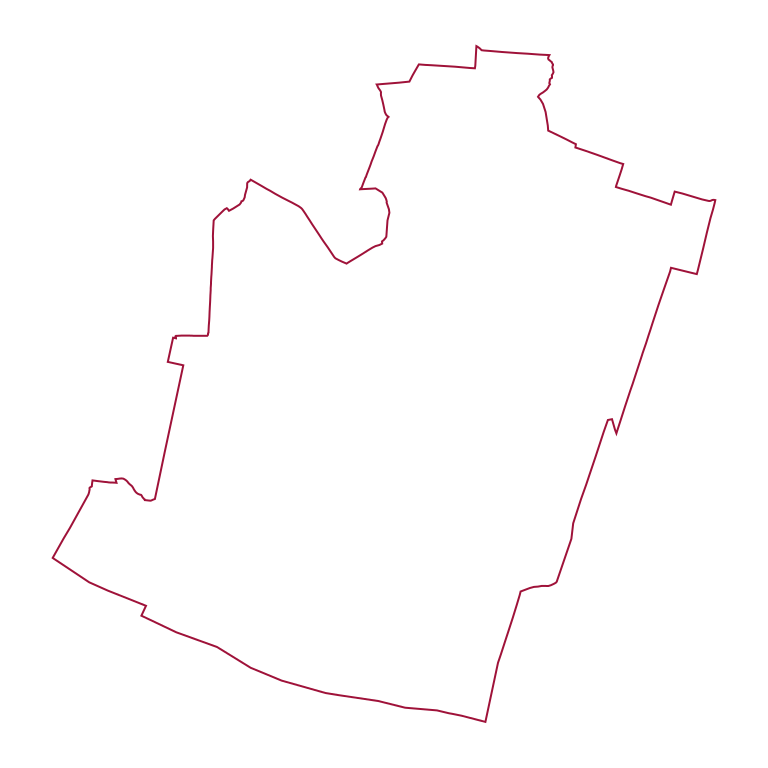 Ostroveni, Dolj, Romania (orthographic projection)
{"feature_id": "2599482B82593705171152", "entity_name": "Ostroveni", "entity_type": "district", "adm_level": 2, "iso_a3": "ROU", "parent_name": "Romania", "parent_adm1": "Dolj", "projection": "orthographic", "projection_center": [23.874, 43.804], "detail": "fine", "context": "isolated", "style": "outline", "palette": "rose", "viewbox_px": 768, "rotation_deg": 0, "n_neighbors": 0, "source": "geoboundaries", "source_scale": "gbopen_adm2", "svg_char_len": 6008}
<svg xmlns="http://www.w3.org/2000/svg" viewBox="0 0 768 768"><path d="M642.6,353.2L646.0,343.4L648.5,335.5L650.3,330.1L652.3,323.8L658.5,304.9L663.5,290.4L670.1,271.5L671.0,267.8L688.1,272.0L696.8,274.1L697.9,270.0L703.2,248.3L706.9,232.5L710.5,218.0L713.0,209.5L714.6,203.3L715.3,200.1L714.1,199.9L713.1,199.9L712.3,200.0L711.5,200.4L710.6,200.8L709.5,201.0L708.5,200.9L702.0,199.4L682.3,193.5L674.7,191.6L671.9,201.1L670.9,204.7L664.1,202.3L656.9,199.8L650.6,197.6L645.6,196.2L639.9,194.4L634.6,192.7L628.5,190.7L627.0,190.3L621.4,188.7L615.9,187.0L616.1,186.0L619.7,175.3L621.6,169.5L623.2,164.0L620.3,163.2L612.4,160.4L597.3,154.9L585.8,150.9L578.2,148.4L575.4,147.5L575.9,144.2L572.4,142.5L566.8,139.6L557.6,135.1L548.2,130.6L547.8,125.6L545.6,112.0L543.0,103.9L540.4,99.5L538.3,97.2L538.0,96.8L539.3,94.9L540.7,93.8L542.9,92.5L545.0,90.9L546.7,89.5L548.1,87.6L548.9,85.9L550.0,84.3L549.3,83.1L549.5,82.3L549.8,80.8L549.8,79.4L550.8,78.5L552.0,77.8L552.0,76.0L551.8,75.2L552.9,73.6L553.5,72.2L553.2,70.5L552.7,68.6L552.4,67.5L552.5,66.4L552.8,65.4L553.0,65.2L553.0,64.4L552.6,63.9L552.3,63.5L552.1,63.0L551.9,62.5L551.7,62.0L550.8,61.4L549.5,60.2L548.6,59.6L548.3,59.0L548.1,58.2L548.4,57.1L548.7,56.3L549.4,55.1L548.1,55.0L539.8,54.6L527.6,53.7L517.4,53.1L502.1,52.0L490.5,51.0L483.9,50.5L481.6,50.2L479.7,48.3L477.5,46.7L476.4,46.1L475.3,65.7L474.9,68.3L470.0,68.0L463.1,67.4L455.1,66.7L431.1,65.2L425.1,64.9L418.9,64.4L418.7,64.7L415.0,71.1L412.5,75.5L409.4,81.6L398.7,82.7L381.4,84.1L376.8,84.5L377.0,84.8L377.2,85.4L377.7,86.6L378.5,88.2L379.7,89.8L380.7,91.4L381.0,92.2L380.9,93.8L381.0,95.5L382.3,100.2L383.3,104.5L384.3,109.3L384.5,110.3L384.7,111.6L385.3,113.1L385.8,114.1L386.2,114.7L386.4,115.1L387.2,115.8L388.5,116.9L388.0,117.3L387.8,117.5L387.2,118.6L386.7,119.6L385.1,124.0L382.7,132.0L380.5,138.5L379.3,141.8L378.6,144.0L378.0,145.5L377.5,146.1L376.5,148.7L375.5,151.3L373.7,156.3L372.7,158.8L371.6,161.5L370.7,164.2L369.7,166.9L367.6,172.3L366.6,174.9L365.9,177.1L365.5,177.4L364.7,179.5L363.8,181.8L362.9,184.2L361.8,187.2L361.7,187.4L361.4,187.8L360.9,188.3L360.2,189.0L360.1,189.3L361.2,189.2L372.8,188.6L375.5,188.4L375.7,188.5L380.5,191.5L382.2,192.5L382.4,192.7L383.1,193.8L384.7,196.4L385.7,198.1L386.1,199.2L386.4,200.1L386.8,201.7L386.6,202.6L388.9,209.2L389.4,212.8L387.5,220.4L386.5,234.4L386.3,236.8L385.2,238.4L383.5,240.3L382.0,241.4L382.2,243.6L379.4,245.0L375.5,246.1L372.5,247.6L368.2,250.2L361.9,254.2L357.5,256.9L350.0,261.4L347.1,263.2L346.6,263.6L341.9,261.6L338.8,260.1L335.4,258.3L334.2,257.0L327.8,247.4L323.6,241.5L321.5,238.4L319.1,234.7L312.1,224.2L309.5,220.1L307.0,216.3L305.5,213.9L303.4,210.8L302.1,209.0L301.1,208.0L298.6,206.2L295.1,204.3L292.0,202.6L289.4,201.3L282.3,197.7L275.2,193.8L270.0,190.7L266.6,188.9L261.5,185.9L255.4,182.4L251.2,180.0L250.6,179.7L249.8,180.9L247.8,182.2L247.2,183.2L247.1,187.4L245.0,194.9L244.7,197.3L243.5,200.0L242.7,200.9L241.4,201.3L241.1,202.5L239.6,204.5L233.1,208.6L229.0,210.8L227.7,209.0L226.8,208.2L226.1,208.6L224.6,209.4L222.4,211.5L214.9,218.9L213.7,220.4L213.2,229.2L212.9,236.0L213.1,241.5L213.1,248.0L212.4,258.2L212.2,260.1L212.1,262.3L212.0,264.1L211.9,265.5L211.9,266.5L211.9,267.0L211.8,268.6L211.7,270.4L211.5,274.2L211.4,275.5L211.3,276.7L211.2,278.5L211.0,282.4L211.0,283.8L210.9,285.3L210.8,286.6L210.7,288.1L210.7,289.9L210.5,293.5L210.4,294.9L210.2,300.2L210.1,302.3L210.0,304.1L209.9,305.8L209.8,307.6L209.7,309.8L209.6,311.5L209.4,316.9L209.2,320.6L208.8,325.5L208.5,331.5L208.5,332.3L208.4,332.3L208.1,333.3L208.0,333.6L208.0,334.0L208.0,334.6L207.8,335.1L207.7,335.3L207.5,335.5L207.3,335.7L207.2,335.8L204.6,335.8L198.1,335.8L196.9,335.8L196.3,335.8L194.8,335.8L193.6,335.8L192.3,335.7L191.8,335.7L191.2,335.7L190.5,335.7L189.8,335.6L188.5,335.6L188.0,335.6L187.4,335.6L186.7,335.6L186.0,335.6L185.0,335.6L184.4,335.6L181.7,335.6L177.8,335.8L177.2,335.9L176.7,335.9L175.9,335.9L175.6,336.1L175.4,336.4L175.4,336.6L175.6,337.1L175.9,337.3L176.0,338.0L176.0,338.3L173.1,337.7L167.8,361.9L183.3,365.3L164.8,451.7L154.9,499.0L154.3,499.2L153.8,499.4L153.0,499.7L152.1,500.1L151.5,500.4L150.9,500.6L150.2,500.7L149.6,500.6L148.5,500.5L145.9,500.2L144.8,500.1L144.7,499.4L144.2,499.1L143.8,498.8L143.6,498.4L143.2,498.0L142.8,497.6L142.5,497.2L142.1,496.4L141.5,495.4L141.2,495.0L140.9,494.8L140.3,494.7L140.0,494.7L139.6,494.5L139.3,494.4L137.9,493.8L137.3,493.4L136.9,493.1L136.4,492.7L136.0,492.3L135.6,491.9L135.3,491.5L135.0,491.0L134.6,490.6L134.4,490.1L134.1,489.7L133.8,489.2L133.1,487.8L132.1,486.3L131.8,486.0L130.8,485.1L129.9,484.4L129.5,484.0L129.1,483.7L128.8,483.3L128.4,483.0L128.2,482.6L127.7,482.0L127.3,481.5L127.0,481.2L126.6,480.8L125.5,479.9L125.0,479.6L124.2,479.1L123.4,478.7L123.0,478.6L122.3,478.5L121.7,478.5L121.3,478.4L120.9,478.5L120.5,478.5L120.2,478.5L119.0,478.7L116.8,479.0L115.9,479.0L115.4,479.1L116.0,481.0L116.5,482.8L115.4,482.7L114.1,482.6L110.1,482.5L108.7,482.4L107.0,482.1L105.5,482.0L103.6,481.8L99.5,481.3L98.5,481.2L94.8,480.7L92.5,480.4L92.4,481.1L92.3,482.0L92.2,482.4L92.1,483.4L92.0,484.0L92.0,484.6L91.8,485.9L91.8,486.2L91.8,486.4L91.3,486.7L90.2,487.3L89.8,487.6L89.6,487.8L89.5,488.1L89.5,488.4L89.6,489.2L89.6,489.9L89.3,490.9L89.2,491.8L89.0,492.6L88.4,494.5L70.0,527.8L65.7,535.0L63.6,538.5L52.7,557.9L54.1,558.9L89.2,582.3L107.8,590.6L146.0,605.8L141.4,615.7L176.3,632.3L217.0,647.0L250.7,667.8L281.6,680.6L325.4,693.0L339.0,695.2L378.1,701.0L405.1,707.7L437.0,710.4L449.1,713.3L452.1,713.8L459.0,715.2L461.5,715.7L485.4,721.9L498.0,662.8L500.8,654.6L505.5,640.1L508.0,632.5L512.8,617.7L516.7,605.1L519.7,595.1L520.6,591.5L525.4,589.7L529.9,588.0L534.0,586.9L538.0,586.6L541.9,585.9L548.3,586.0L550.7,585.3L553.3,584.1L554.7,583.4L556.1,582.5L556.8,581.6L557.0,580.9L571.4,538.8L573.2,523.3L581.1,498.9L586.2,484.6L588.8,476.8L595.8,456.0L603.7,431.9L607.9,420.0L612.0,419.2L615.0,429.7L616.4,433.4L617.6,429.6L620.8,419.7L625.1,406.3L630.4,390.3L632.6,384.0L642.0,355.2L642.6,353.2Z" fill="none" stroke="#9f1239" stroke-width="2"/></svg>